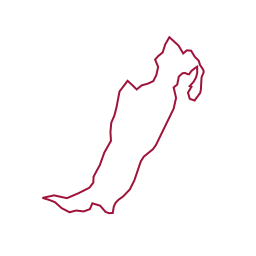 map outline of Nippes (Natural Earth projection), rotated 111°
{"feature_id": "HTI-1360", "entity_name": "Nippes", "entity_type": "Department", "adm_level": 1, "iso_a3": "HTI", "parent_name": "Haiti", "parent_adm1": "", "projection": "natural_earth1", "projection_center": [-73.453, 18.404], "detail": "fine", "context": "isolated", "style": "outline", "palette": "rose", "viewbox_px": 256, "rotation_deg": 111, "n_neighbors": 0, "source": "natural_earth", "source_scale": "10m", "svg_char_len": 1145}
<svg xmlns="http://www.w3.org/2000/svg" viewBox="0 0 256 256"><g transform="rotate(111 128 128)"><path d="M39.7,86.3L42.3,84.1L43.3,83.5L43.7,82.8L46.9,78.4L48.6,77.4L50.6,77.3L52.7,77.5L54.7,77.4L66.1,73.7L69.4,73.2L78.5,75.7L78.6,80.8L73.5,84.7L66.8,83.5L66.8,85.4L61.3,83.3L56.4,82.6L51.5,83.2L46.0,85.4L47.7,86.7L51.9,89.2L56.1,90.3L56.3,92.1L56.2,94.4L57.3,96.7L61.8,99.0L69.8,97.6L73.8,99.9L82.7,93.9L93.6,92.3L133.7,95.8L138.8,97.1L148.9,102.9L154.5,104.1L174.8,103.3L184.7,104.3L193.6,108.0L198.3,111.1L202.2,112.8L206.4,113.1L212.8,111.8L214.3,115.1L214.4,118.8L210.5,126.2L211.1,134.3L217.4,134.5L221.8,139.5L223.6,146.8L227.6,152.4L226.6,161.2L223.4,169.7L223.4,176.3L223.9,182.8L217.4,172.9L215.4,159.9L207.3,151.5L197.7,142.7L191.5,140.8L185.8,142.7L179.4,141.9L172.7,141.0L159.3,141.3L146.1,139.3L138.2,142.9L129.1,145.5L121.1,145.2L113.1,146.1L97.0,149.0L84.1,145.3L86.6,138.9L88.9,133.7L83.3,130.5L79.6,125.5L75.2,121.2L68.3,120.5L60.1,121.8L54.4,127.2L50.1,125.6L45.0,122.7L36.6,123.2L28.4,121.9L33.0,110.3L38.6,103.2L34.5,101.0L33.2,96.8L37.6,91.2L39.7,86.3L39.7,86.3Z" fill="none" stroke="#9f1239" stroke-width="2"/></g></svg>